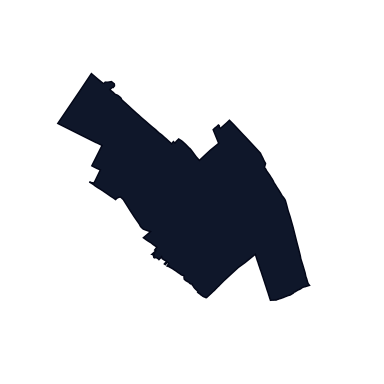 the district of Botosesti-Paia, Dolj, Romania, rotated 214°
{"feature_id": "2599482B11798370536777", "entity_name": "Botosesti-Paia", "entity_type": "district", "adm_level": 2, "iso_a3": "ROU", "parent_name": "Romania", "parent_adm1": "Dolj", "projection": "orthographic", "projection_center": [23.228, 44.408], "detail": "fine", "context": "isolated", "style": "filled", "palette": "ink", "viewbox_px": 384, "rotation_deg": 214, "n_neighbors": 0, "source": "geoboundaries", "source_scale": "gbopen_adm2", "svg_char_len": 5922}
<svg xmlns="http://www.w3.org/2000/svg" viewBox="0 0 384 384"><g transform="rotate(214 192 192)"><path d="M341.6,233.9L341.5,214.3L341.6,173.8L319.9,176.6L299.2,179.3L298.1,179.6L292.6,180.3L289.7,157.7L286.9,158.0L283.9,158.4L280.3,159.1L278.5,146.6L278.5,145.9L278.4,145.4L278.3,144.8L278.2,144.3L279.1,144.3L281.2,143.3L281.5,143.4L281.9,143.4L282.2,143.2L282.8,142.9L280.8,143.0L277.9,143.1L276.1,142.9L274.6,142.9L272.7,142.9L269.2,143.1L267.4,143.1L261.8,143.1L257.0,143.0L253.5,143.1L252.3,143.0L251.1,143.0L250.9,144.4L250.5,145.4L250.0,146.2L249.6,146.9L248.3,147.9L244.6,147.3L242.7,146.4L235.2,143.1L233.0,142.1L225.9,139.1L222.8,137.9L217.6,135.9L216.6,135.3L215.5,134.7L214.9,134.5L214.3,134.4L212.7,134.1L211.6,134.0L210.3,134.3L207.8,134.9L206.0,135.4L204.2,136.1L204.2,135.9L206.7,126.9L205.8,126.9L203.5,126.8L201.2,126.8L198.7,126.9L197.7,127.0L196.8,126.9L194.7,126.7L194.1,126.7L193.7,126.7L192.9,126.7L191.7,126.7L190.3,126.6L190.5,123.0L189.1,122.9L190.4,117.9L189.7,118.2L189.2,118.1L188.9,117.9L188.7,117.9L188.6,118.1L188.5,118.5L188.4,118.9L188.3,118.6L188.4,118.3L188.4,118.0L188.3,117.7L188.2,117.5L187.8,117.5L187.7,117.5L187.5,116.8L187.0,116.4L186.5,116.4L186.0,116.6L185.7,117.2L185.1,117.5L184.3,117.7L183.4,117.7L182.2,117.7L181.6,117.5L181.4,118.6L181.4,119.0L181.1,120.2L181.0,121.2L180.8,121.0L179.4,120.1L178.5,120.1L177.5,120.1L176.6,120.1L175.9,120.3L175.0,120.4L174.1,120.2L174.4,119.5L174.5,118.5L174.7,116.9L173.5,116.9L173.2,120.1L171.3,119.8L171.3,116.7L169.9,117.0L169.8,117.4L169.8,118.0L169.5,118.1L169.0,117.4L168.4,117.2L166.9,117.4L165.8,117.5L164.8,117.5L164.1,117.6L163.7,117.5L163.2,117.5L162.6,117.5L161.5,117.6L160.8,117.5L160.6,117.5L160.1,117.5L159.8,117.5L159.3,117.5L158.8,117.5L158.3,117.4L157.9,117.4L157.5,117.5L157.1,117.5L156.9,117.6L156.5,117.5L156.0,117.4L155.4,117.4L154.6,117.4L154.0,117.5L153.5,117.5L153.1,117.7L152.7,118.0L152.2,118.2L151.5,117.7L151.0,116.9L150.6,116.4L150.1,115.9L149.9,115.6L149.5,115.3L148.9,115.3L148.1,115.1L147.3,115.1L146.9,115.1L146.5,115.2L146.2,115.2L145.7,115.2L145.3,115.2L144.8,115.4L144.3,115.5L144.1,115.4L143.9,115.3L143.5,115.2L142.9,115.1L142.4,115.1L142.0,115.0L141.8,115.1L141.5,115.2L141.2,115.3L141.0,115.5L140.7,115.7L140.3,115.7L140.2,115.6L140.0,115.4L139.8,115.1L139.4,115.0L138.8,114.9L138.6,114.8L138.3,114.6L137.9,114.4L136.6,113.9L135.8,113.7L135.0,113.5L134.4,113.4L133.6,113.3L133.0,113.2L132.3,113.0L131.4,112.8L130.9,112.5L130.9,112.3L131.0,112.0L129.9,111.9L129.5,111.9L128.9,111.9L128.4,111.9L127.3,111.7L126.8,111.7L126.1,111.7L125.5,111.7L124.8,111.6L124.4,111.7L123.9,111.7L123.6,111.8L123.2,111.8L122.7,112.0L122.1,112.1L121.8,112.1L121.6,112.1L121.4,112.2L121.2,112.3L120.9,112.5L120.8,112.8L120.8,113.0L120.7,113.4L120.6,113.8L120.4,114.6L120.3,115.2L120.0,116.3L119.9,117.0L119.7,117.5L119.6,118.2L119.4,118.8L119.3,119.5L119.1,120.3L119.0,121.0L118.8,121.6L118.7,122.1L118.5,122.6L118.4,123.0L118.4,123.3L118.3,123.7L118.2,124.4L118.2,124.9L118.0,125.4L117.9,126.1L117.8,126.8L117.6,127.9L117.4,128.5L117.3,128.9L117.2,129.4L117.2,129.6L117.2,129.8L116.0,136.1L111.4,155.4L108.6,163.0L106.8,168.9L104.7,175.8L104.4,175.6L103.4,174.8L101.4,173.2L99.4,171.6L98.1,170.7L96.0,169.0L94.1,167.6L92.2,166.1L90.5,164.9L88.7,163.5L87.2,162.3L85.2,160.8L83.2,159.2L81.2,157.7L79.6,156.4L78.0,155.2L76.0,153.6L74.2,152.2L72.7,151.1L71.6,150.2L70.9,149.6L69.8,148.8L68.5,147.7L67.4,146.9L66.4,146.1L65.6,146.8L64.3,147.7L63.0,148.7L62.2,149.2L61.8,149.5L61.2,150.5L60.5,151.4L60.1,152.0L59.6,152.6L58.8,153.5L58.3,154.3L57.7,155.0L57.3,155.6L57.0,156.0L56.7,156.6L56.2,157.3L55.4,158.4L54.7,159.5L54.3,160.0L53.8,160.6L53.2,161.2L52.7,162.1L52.3,163.1L52.1,163.5L51.7,164.3L51.5,164.8L51.4,165.3L51.4,165.8L51.3,166.2L50.9,166.7L50.6,167.1L50.4,167.6L50.1,168.4L49.9,168.8L49.5,169.6L49.2,170.2L48.8,170.8L48.5,171.2L48.3,171.6L48.2,171.7L47.9,172.3L47.6,173.0L47.4,173.8L46.9,174.7L46.3,175.7L45.7,176.3L45.3,176.6L45.0,177.1L44.7,177.5L44.4,177.8L44.1,178.1L43.8,178.6L42.8,179.8L42.4,180.3L43.9,180.8L44.8,181.2L46.1,182.2L48.2,184.0L50.5,185.7L52.9,188.1L57.0,191.5L59.7,193.7L64.6,197.6L65.7,198.8L66.8,199.9L70.9,203.6L77.5,209.4L81.5,213.0L88.5,219.3L92.9,223.0L96.9,226.4L101.8,230.2L107.0,234.8L110.0,237.3L111.6,238.1L113.5,238.8L114.9,239.1L116.3,239.8L118.1,240.7L121.4,242.2L124.6,243.5L126.9,244.6L129.2,245.5L130.7,246.5L133.1,247.7L134.2,248.1L136.8,249.3L140.5,250.7L141.4,251.0L142.5,251.5L143.4,252.1L144.2,252.4L144.9,252.6L145.5,252.6L145.6,253.0L145.9,253.5L146.1,254.1L146.6,255.8L147.0,256.8L149.2,257.9L150.8,258.8L152.0,259.6L154.2,260.8L155.2,261.4L155.9,261.7L156.8,262.4L157.6,262.6L167.4,264.9L178.2,267.4L182.0,268.2L195.0,271.2L201.1,272.4L201.9,268.6L204.0,260.6L205.9,261.0L206.0,261.8L206.4,262.1L207.1,262.3L207.6,262.3L208.0,260.2L208.3,259.3L208.4,258.9L208.7,258.3L209.3,255.5L197.1,247.3L197.9,244.4L200.2,236.9L203.1,224.3L203.5,222.3L208.2,223.5L215.7,226.2L216.7,226.5L218.2,226.9L218.7,226.8L223.9,227.9L225.3,228.1L228.0,228.5L229.3,228.6L232.7,228.5L233.2,225.8L233.3,225.7L233.5,223.0L235.6,223.4L235.8,220.5L237.2,220.8L238.4,220.9L239.0,221.0L241.1,221.3L242.8,221.6L244.7,221.8L246.3,222.0L248.1,222.3L249.1,222.4L249.6,222.4L250.4,222.5L251.1,222.5L251.7,222.5L252.4,222.5L253.2,222.7L254.3,222.8L256.3,223.2L258.0,223.4L260.7,223.6L266.1,224.2L268.3,224.5L270.6,224.8L272.8,225.0L274.2,225.2L274.6,225.2L276.7,225.5L279.8,226.0L280.2,226.0L282.5,226.3L283.3,226.4L283.8,226.5L286.7,226.9L288.8,227.2L291.2,227.6L291.9,227.7L293.0,227.9L294.0,228.0L296.5,228.4L298.9,228.7L302.0,229.2L302.8,229.8L303.6,230.2L304.2,230.3L304.9,230.4L306.1,230.5L307.5,230.6L308.3,230.5L309.4,230.2L310.8,230.0L312.8,230.5L314.5,230.6L317.4,230.9L316.6,234.2L315.8,234.5L315.6,236.5L315.9,237.1L316.9,238.2L320.5,238.5L323.1,236.0L325.4,234.5L325.6,232.9L326.5,232.4L328.3,232.5L333.9,233.0L341.6,233.9Z" fill="#0f172a" stroke="#020617" stroke-width="1.5"/></g></svg>